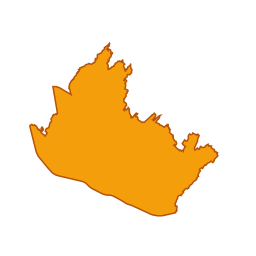 Kota Bandung, Jawa Barat, Indonesia (Natural Earth projection), rotated 18°
{"feature_id": "22746128B71762235135177", "entity_name": "Kota Bandung", "entity_type": "district", "adm_level": 2, "iso_a3": "IDN", "parent_name": "Indonesia", "parent_adm1": "Jawa Barat", "projection": "natural_earth1", "projection_center": [107.64, -6.903], "detail": "fine", "context": "isolated", "style": "filled", "palette": "amber", "viewbox_px": 256, "rotation_deg": 18, "n_neighbors": 0, "source": "geoboundaries", "source_scale": "gbopen_adm2", "svg_char_len": 5804}
<svg xmlns="http://www.w3.org/2000/svg" viewBox="0 0 256 256"><g transform="rotate(18 128 128)"><path d="M114.3,74.3L113.8,73.9L114.0,72.5L113.7,71.3L112.1,70.0L110.9,67.3L110.9,65.8L110.6,68.2L110.4,68.2L108.9,70.2L109.1,70.7L108.9,71.5L109.0,72.2L108.3,72.4L108.0,72.7L108.3,74.1L107.8,74.7L107.3,74.3L107.0,73.3L106.5,72.9L106.4,72.2L105.4,71.6L104.8,70.7L104.6,69.7L104.7,69.0L105.2,68.3L103.4,67.5L102.9,66.9L102.0,67.3L102.2,64.5L101.4,66.0L100.5,67.1L99.4,66.8L99.0,67.5L97.8,67.6L97.6,68.6L95.9,70.5L95.7,72.3L95.2,73.2L95.5,73.8L94.5,74.5L94.0,74.5L93.1,76.6L92.7,76.5L92.4,77.3L92.0,77.2L91.4,78.2L91.0,78.4L90.9,77.6L90.2,76.3L89.9,74.6L87.9,72.8L88.8,71.6L88.4,70.1L89.2,70.3L89.3,70.1L88.9,69.8L88.8,67.7L89.1,67.4L89.1,66.2L89.7,65.7L89.6,63.3L90.0,62.3L90.0,60.6L89.3,63.2L88.5,62.5L88.6,62.1L88.1,61.1L88.2,60.5L87.6,60.1L87.3,59.2L85.3,58.9L85.2,60.5L83.5,59.5L84.1,58.2L83.9,56.5L84.0,56.2L84.7,56.0L84.4,53.1L84.2,53.0L83.9,54.4L84.1,55.0L83.3,55.2L82.1,57.3L81.5,57.6L81.1,58.8L80.8,58.9L80.8,59.4L81.3,60.1L80.7,61.5L79.9,62.0L79.7,62.6L79.9,63.5L78.8,65.5L77.9,66.2L77.5,66.8L76.4,67.4L76.3,68.3L76.5,68.5L77.2,71.3L76.9,71.7L75.6,72.0L75.9,72.7L75.7,73.3L76.2,73.4L76.5,74.0L76.0,74.9L76.0,76.0L75.3,76.3L75.2,77.0L74.4,77.4L74.1,78.1L73.3,78.8L70.9,78.7L70.5,79.4L69.0,80.3L67.9,81.5L67.7,82.5L66.7,83.1L66.4,83.8L65.1,84.3L64.9,85.1L63.9,85.4L63.6,86.0L64.0,87.3L63.0,87.7L63.9,88.4L63.9,88.8L62.9,90.0L63.3,90.6L63.1,91.3L62.6,91.2L62.2,91.9L62.6,92.7L62.2,94.3L61.5,95.4L61.0,96.8L61.3,98.4L60.5,98.6L60.4,99.8L59.9,99.9L59.6,100.5L59.4,102.1L58.8,104.2L59.2,105.3L59.0,106.4L59.2,107.2L59.7,107.4L59.6,108.7L60.8,109.3L62.4,112.4L63.5,113.8L50.0,110.8L46.8,110.9L43.8,111.8L56.4,135.9L55.7,137.2L55.1,136.7L54.3,137.9L52.9,138.2L52.6,139.7L53.0,140.3L52.7,140.6L52.1,142.2L52.1,143.5L52.5,143.8L53.0,144.7L52.9,146.1L52.4,146.6L52.6,146.9L52.4,147.1L52.3,148.8L52.6,151.8L51.3,153.4L50.9,153.4L50.6,153.8L50.3,155.1L50.3,156.5L51.3,156.8L51.2,157.1L51.5,157.3L52.7,157.8L52.6,158.3L51.6,161.4L50.7,160.7L47.2,159.4L46.6,158.7L47.5,157.4L48.0,155.8L47.9,155.4L47.2,155.4L47.2,154.7L46.4,154.5L46.4,153.8L45.8,153.8L45.7,154.0L45.6,155.6L46.1,156.3L45.6,157.9L43.8,156.8L43.6,157.4L43.0,157.1L41.6,156.2L41.6,155.8L40.5,154.7L38.2,153.9L37.9,154.7L37.5,154.9L35.5,154.2L33.9,156.0L35.0,158.1L48.1,179.1L51.5,182.7L64.4,190.9L70.0,194.1L73.9,195.0L76.2,195.0L100.3,193.0L102.9,193.0L104.9,193.5L109.6,195.8L112.4,196.7L124.4,198.6L127.8,198.5L131.8,197.4L134.6,197.2L142.4,198.6L150.5,200.5L155.6,200.5L175.8,202.9L178.3,203.0L183.2,202.4L187.1,201.1L189.6,199.8L199.4,193.9L199.5,193.4L199.3,192.4L199.9,192.0L200.1,191.4L199.3,190.4L199.0,187.6L198.5,187.2L197.8,187.7L197.1,187.6L197.1,186.9L196.1,185.3L196.6,183.4L196.4,181.2L196.9,179.9L196.9,179.1L196.5,178.7L196.6,177.9L196.9,177.1L197.8,176.2L198.8,175.8L199.3,175.9L200.7,171.7L199.8,171.3L201.1,169.2L201.2,168.5L202.0,167.7L202.7,167.6L202.9,167.3L203.2,167.5L204.2,166.4L204.3,166.0L204.1,165.7L204.7,163.4L205.3,162.4L205.8,162.2L207.2,158.2L208.4,157.1L208.9,156.2L209.2,154.8L208.7,154.2L210.0,152.1L209.1,151.7L209.4,148.5L210.1,146.4L208.9,145.9L209.1,145.4L208.9,145.1L209.3,144.2L209.9,143.9L210.4,142.9L211.5,143.4L211.7,141.7L212.7,139.2L213.5,139.4L214.8,136.6L215.9,135.8L217.2,133.9L219.3,134.7L219.7,134.1L220.1,132.5L219.7,132.3L220.2,130.5L222.1,126.6L220.7,125.5L220.9,123.9L220.6,123.8L220.0,124.2L218.9,123.3L218.6,123.6L217.5,123.7L217.0,123.2L217.2,122.2L216.5,121.7L215.0,121.7L213.3,120.9L212.9,119.4L212.5,119.7L210.6,119.7L210.2,120.2L209.8,119.9L209.2,118.7L207.9,120.1L207.2,121.3L207.3,122.0L206.7,122.6L205.3,123.4L203.4,123.4L203.0,123.0L202.6,123.1L202.4,126.1L201.4,126.4L200.1,125.6L198.6,128.3L197.6,127.3L197.4,126.0L198.2,119.3L198.1,118.4L197.7,117.9L198.0,113.2L196.5,112.3L196.2,112.3L195.7,113.6L195.0,113.1L194.2,113.4L191.2,112.7L191.2,113.8L190.3,114.8L189.9,115.0L188.4,114.6L187.9,115.9L187.8,117.0L188.7,119.4L188.2,122.4L187.4,122.5L185.6,121.8L184.4,126.1L186.3,127.2L188.4,127.9L187.9,128.8L187.5,131.9L187.7,132.9L187.0,132.4L186.3,132.4L185.9,133.5L184.4,132.8L183.8,133.6L182.9,132.7L182.1,132.8L179.6,131.6L178.5,130.7L176.9,130.4L177.4,129.2L178.8,129.2L179.1,127.9L178.8,127.3L177.8,125.9L176.4,125.8L174.5,124.2L174.3,123.6L173.8,123.3L173.8,122.4L173.0,122.0L173.2,121.0L170.9,120.4L168.8,119.3L168.8,117.9L168.5,117.0L168.1,116.9L168.4,116.2L166.9,115.8L166.8,114.8L165.1,114.3L165.6,113.3L165.1,112.3L164.1,112.6L163.9,113.9L162.9,114.5L162.5,116.0L162.2,116.0L158.4,115.1L157.9,115.2L157.7,115.4L156.7,115.0L156.7,114.6L156.2,114.4L152.7,114.1L153.6,110.8L154.0,110.5L154.6,108.8L154.6,108.0L154.1,107.7L154.8,106.2L153.8,106.9L152.5,109.2L151.6,110.2L150.1,113.1L149.6,112.7L149.0,112.6L149.6,112.2L149.4,111.6L150.3,109.4L150.6,107.7L150.0,106.7L148.4,105.8L148.0,106.9L147.2,108.1L147.0,107.9L146.7,108.3L146.1,109.9L141.5,117.8L140.6,117.6L139.4,118.4L138.4,117.9L136.3,117.5L134.5,116.7L134.2,115.2L133.3,114.6L132.0,114.9L131.0,114.3L132.6,112.4L132.7,111.4L131.8,111.3L131.2,111.3L129.4,115.4L129.4,116.4L129.2,116.6L128.8,116.4L127.7,117.3L127.3,116.7L127.5,115.9L125.3,114.0L123.2,109.9L123.4,109.6L122.0,108.5L121.5,109.5L121.4,110.0L121.1,110.4L121.0,111.1L119.6,110.9L119.4,112.6L118.2,112.2L118.2,110.9L118.8,110.2L119.1,107.6L119.2,107.2L119.7,107.1L118.8,105.3L117.6,104.6L116.9,104.9L116.3,104.6L115.2,102.3L115.4,102.0L115.3,101.5L115.6,101.4L115.4,100.9L115.8,100.5L115.9,99.5L116.4,98.4L115.6,96.1L115.7,95.7L116.4,95.0L116.0,93.9L116.6,93.1L116.6,92.7L116.0,92.0L112.9,91.7L112.8,89.1L112.3,87.0L111.2,86.4L112.0,84.8L112.2,83.8L112.0,83.3L111.0,82.8L110.1,83.4L109.7,84.2L109.3,84.0L109.7,82.0L111.3,79.7L110.9,78.6L111.1,77.3L111.6,76.9L112.4,77.1L113.1,76.9L114.3,74.3Z" fill="#f59e0b" stroke="#b45309" stroke-width="1.5"/></g></svg>